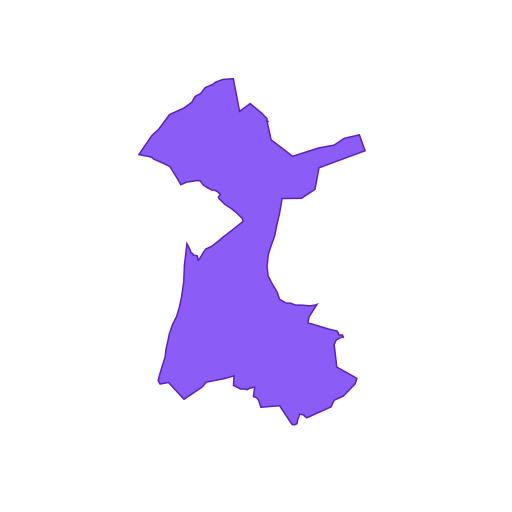 the district of Yola South, Adamawa, Nigeria, rotated 223°
{"feature_id": "59680162B24147659958725", "entity_name": "Yola South", "entity_type": "district", "adm_level": 2, "iso_a3": "NGA", "parent_name": "Nigeria", "parent_adm1": "Adamawa", "projection": "equal_earth", "projection_center": [12.362, 9.242], "detail": "fine", "context": "isolated", "style": "filled", "palette": "violet", "viewbox_px": 512, "rotation_deg": 223, "n_neighbors": 0, "source": "geoboundaries", "source_scale": "gbopen_adm2", "svg_char_len": 2721}
<svg xmlns="http://www.w3.org/2000/svg" viewBox="0 0 512 512"><g transform="rotate(223 256 256)"><path d="M357.2,262.6L350.9,270.5L348.4,272.9L343.2,272.0L339.0,272.6L335.5,273.5L333.0,274.2L331.8,275.6L329.8,276.2L327.9,276.8L326.3,276.8L323.9,276.6L323.8,273.5L322.0,272.7L313.8,272.6L305.9,273.9L300.2,274.3L298.3,274.3L297.2,274.2L294.7,274.2L291.4,274.0L289.0,272.4L289.2,271.4L289.3,270.5L289.4,269.8L289.6,268.7L289.8,267.3L290.0,266.0L290.2,264.8L290.4,263.5L290.5,262.2L290.7,261.2L290.7,260.9L290.9,260.1L291.1,258.6L291.3,257.6L291.5,256.2L291.7,255.2L291.9,254.0L292.0,252.8L292.3,251.3L292.5,249.8L292.7,249.0L293.1,246.5L293.3,244.0L293.8,240.5L294.2,238.1L294.4,237.0L294.9,233.2L296.7,228.6L297.4,226.9L297.0,224.5L297.1,222.9L296.6,221.3L296.1,218.8L295.7,217.3L295.2,213.6L295.9,213.4L297.3,214.9L299.2,216.0L302.1,214.1L304.1,214.5L305.9,214.2L307.4,215.0L309.1,215.8L309.4,215.9L309.6,216.0L312.7,217.2L315.0,217.9L311.4,213.1L302.3,200.8L302.3,200.7L301.8,200.1L296.3,193.7L294.5,191.6L291.5,188.2L282.5,175.3L277.0,166.1L272.9,157.8L270.2,148.7L266.0,139.5L264.0,136.2L262.6,134.0L257.8,125.7L253.6,120.2L248.8,110.1L246.1,104.6L242.6,98.1L238.9,96.9L233.7,103.8L210.9,102.1L206.0,123.8L206.3,129.8L195.3,145.1L193.3,148.5L190.3,153.4L184.2,146.0L176.5,148.2L173.5,151.0L171.3,152.2L170.6,154.8L167.5,159.1L162.0,151.4L159.1,152.8L155.9,152.4L149.3,148.7L136.6,162.6L126.0,160.0L116.5,157.8L115.2,157.5L114.5,157.4L112.6,159.0L111.7,161.3L113.9,164.8L116.1,170.1L115.1,170.8L114.0,171.5L112.4,172.4L111.9,172.0L108.5,172.3L98.2,196.9L100.5,203.8L96.6,213.1L96.3,230.1L98.8,235.3L121.2,229.9L129.2,236.7L138.4,244.5L140.1,249.5L138.2,254.5L136.8,256.2L138.9,257.2L141.2,254.9L145.3,256.5L152.8,252.2L169.0,244.3L172.4,242.4L175.7,247.7L178.4,262.1L179.2,260.5L182.9,256.0L187.8,252.3L189.9,250.5L191.5,249.0L194.0,246.8L198.8,245.0L201.6,242.2L209.2,240.4L216.1,244.1L225.8,246.9L233.4,249.6L236.8,252.4L241.0,256.1L244.4,260.7L246.3,263.2L247.9,265.3L250.6,270.8L253.4,277.2L256.1,283.6L260.2,290.1L263.0,294.7L267.1,302.0L270.7,307.6L271.3,308.5L276.1,315.8L262.1,329.2L258.3,344.9L270.1,363.5L248.0,407.4L263.0,415.1L271.7,402.3L274.5,390.3L283.6,378.2L297.2,353.9L324.3,351.3L328.3,354.1L332.3,356.9L335.3,358.9L339.5,361.8L338.9,362.5L339.5,362.7L340.4,362.2L341.4,363.9L349.3,364.3L364.2,363.5L366.7,350.6L371.9,354.4L393.5,370.2L400.4,362.8L403.8,356.4L404.3,353.9L404.5,352.7L408.0,344.5L407.3,337.1L409.3,331.4L407.8,324.4L409.7,314.7L409.8,314.6L415.7,300.4L414.3,288.5L413.6,282.0L414.1,276.4L414.3,272.9L410.8,250.3L405.9,253.3L402.8,255.4L399.4,257.0L396.5,257.2L386.9,260.6L380.0,262.7L365.3,258.7L359.6,256.9L357.2,262.6Z" fill="#8b5cf6" stroke="#5b21b6" stroke-width="1.5"/></g></svg>